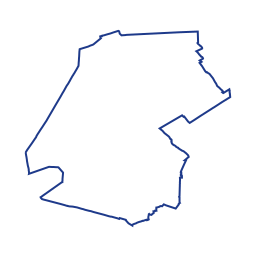 the district of Opmeer, Noord-Holland, Netherlands, rotated 355°
{"feature_id": "6326949B74577576920447", "entity_name": "Opmeer", "entity_type": "district", "adm_level": 2, "iso_a3": "NLD", "parent_name": "Netherlands", "parent_adm1": "Noord-Holland", "projection": "equal_earth", "projection_center": [4.959, 52.714], "detail": "fine", "context": "isolated", "style": "outline", "palette": "blue", "viewbox_px": 256, "rotation_deg": 355, "n_neighbors": 0, "source": "geoboundaries", "source_scale": "gbopen_adm2", "svg_char_len": 5408}
<svg xmlns="http://www.w3.org/2000/svg" viewBox="0 0 256 256"><g transform="rotate(355 128 128)"><path d="M205.9,38.0L187.4,37.1L134.9,35.1L134.4,35.1L133.4,35.2L129.6,35.1L128.0,33.3L127.6,30.9L126.8,30.4L121.4,31.6L120.3,31.9L118.7,32.3L115.4,32.9L112.1,33.6L111.2,33.7L110.8,33.7L110.3,33.8L110.2,33.8L109.9,34.1L109.9,34.3L109.6,34.3L109.2,34.1L108.3,34.3L108.5,36.1L108.7,36.3L108.2,36.7L106.4,37.9L100.7,41.8L99.4,42.2L97.7,42.6L95.5,43.4L89.3,44.7L88.5,44.9L87.2,45.1L86.9,45.2L86.7,45.3L86.5,46.5L86.3,47.3L86.1,48.6L85.6,52.3L85.3,54.0L84.9,56.8L84.6,58.4L84.2,61.2L84.0,62.0L83.8,62.2L82.0,64.9L80.7,66.7L79.3,68.7L79.0,69.1L78.3,69.9L78.0,70.5L77.5,71.0L76.5,72.4L76.3,72.7L75.5,73.9L75.1,74.4L74.2,75.9L73.8,76.4L73.1,77.4L72.7,78.0L72.2,78.7L70.6,80.6L67.1,85.8L65.9,87.4L63.3,91.2L58.0,98.6L53.7,104.7L53.2,105.4L48.4,112.2L47.6,113.4L44.9,116.8L42.8,119.5L40.6,122.2L39.3,123.9L37.4,126.3L36.1,128.1L35.6,129.2L34.7,130.2L31.2,134.5L25.7,141.0L24.3,142.9L24.0,143.4L23.9,143.7L23.5,143.7L23.8,143.8L23.9,144.0L24.1,145.6L24.1,145.9L24.2,147.1L24.3,147.8L24.5,150.7L24.5,152.0L24.8,155.1L24.9,156.4L25.2,158.3L25.4,159.2L25.4,159.7L25.5,160.4L25.4,161.5L25.5,162.5L25.5,164.7L25.4,165.0L45.5,159.9L46.0,159.8L49.3,160.3L50.7,160.4L53.1,160.8L54.9,161.0L55.3,161.2L55.6,161.6L57.3,163.9L59.3,166.6L59.4,166.8L59.4,167.0L58.4,172.6L58.3,173.1L58.2,174.4L58.0,175.2L57.9,176.2L57.5,176.2L37.4,187.9L36.4,188.5L35.6,189.1L35.2,189.2L34.9,189.3L34.9,189.6L35.0,189.8L35.8,190.9L36.1,191.3L38.1,192.1L40.7,193.0L44.6,194.4L54.4,197.9L58.4,199.4L60.3,200.2L60.6,200.3L60.8,200.4L61.0,200.3L62.2,200.8L62.9,201.0L64.9,201.3L66.1,201.5L70.4,202.7L74.9,204.5L76.2,204.9L78.0,205.7L79.7,206.3L82.0,207.1L83.8,207.6L86.4,208.7L96.4,212.3L101.5,214.3L103.1,214.8L104.0,214.9L104.7,215.2L109.5,217.0L111.3,217.8L111.9,217.0L117.6,219.2L117.5,219.4L120.2,223.0L123.8,225.6L123.9,224.9L124.0,224.8L124.1,224.7L124.4,224.6L125.4,224.2L127.9,223.6L128.2,223.4L128.6,223.2L130.7,222.6L131.7,222.4L132.5,222.3L133.2,222.1L134.1,221.8L134.5,221.7L134.8,221.9L135.0,221.8L135.8,221.6L136.3,221.5L137.5,221.2L138.3,221.0L138.5,221.0L138.7,221.3L138.8,221.5L139.3,221.4L140.4,221.1L140.6,221.0L140.7,220.8L140.3,220.5L140.4,220.3L140.3,220.1L140.4,219.3L140.5,218.6L140.6,218.0L140.7,217.7L141.0,216.8L141.1,216.5L141.2,215.7L141.3,215.6L141.5,215.5L141.6,215.8L141.8,215.9L143.6,216.6L143.8,216.6L144.3,216.2L144.8,215.7L145.2,215.5L145.9,215.2L146.1,215.1L146.2,214.8L146.1,213.2L147.7,213.2L147.8,213.1L147.8,212.8L149.1,212.9L149.1,211.0L149.3,209.7L149.7,209.7L150.2,209.7L151.3,209.4L151.9,209.3L152.4,209.2L152.7,208.9L153.9,208.7L154.0,208.6L154.3,208.7L155.2,208.9L155.8,208.3L157.0,207.2L158.1,207.8L159.0,208.3L168.5,212.4L171.9,208.6L171.8,208.3L171.8,208.2L172.0,208.0L172.7,207.2L173.1,207.1L172.9,206.7L172.9,206.1L173.3,201.5L173.0,201.1L172.9,201.0L173.0,200.8L173.3,200.6L173.4,200.3L173.7,197.6L174.0,195.1L174.3,192.4L174.6,190.0L174.7,188.8L174.9,187.8L174.9,187.1L175.0,186.5L175.1,185.6L175.3,184.4L175.4,182.1L175.8,182.1L176.2,182.1L177.4,182.2L177.5,181.1L177.5,180.8L177.5,180.5L177.1,180.5L177.1,179.8L176.5,179.8L176.6,178.5L176.7,178.4L176.9,178.4L177.1,178.3L177.2,177.1L177.2,176.9L176.8,176.7L176.7,176.6L177.4,175.1L179.0,172.2L180.9,168.8L182.9,165.4L181.7,165.1L185.9,162.1L185.8,161.9L185.8,161.4L185.7,161.0L185.5,160.5L185.1,159.9L184.4,159.1L183.6,158.1L183.3,157.9L182.8,157.4L182.3,156.9L181.8,156.4L181.6,156.2L180.8,155.7L180.4,155.5L180.0,155.4L179.9,155.3L178.8,154.4L178.4,154.2L177.7,153.6L177.4,153.3L176.6,152.8L176.6,152.7L176.4,152.5L176.4,152.4L176.3,152.1L176.1,152.0L175.7,151.8L175.5,151.7L175.3,151.6L175.2,151.5L174.9,151.3L174.1,150.7L174.0,150.4L173.8,150.1L172.4,149.1L172.2,149.1L171.8,148.8L171.8,148.7L171.5,148.4L171.3,148.3L170.6,147.5L170.4,147.2L170.2,146.4L170.2,146.1L170.3,145.9L170.0,145.6L170.0,145.4L170.0,145.0L170.1,144.7L170.3,144.5L170.4,143.7L170.1,143.1L169.8,143.1L169.7,143.0L169.4,142.8L169.3,142.6L169.1,142.4L169.0,142.1L168.8,141.6L168.6,141.3L168.6,141.1L168.5,140.9L168.2,140.4L168.0,140.2L167.9,140.0L164.5,136.8L164.0,136.4L162.0,133.6L161.5,133.2L159.5,131.2L163.3,129.4L183.0,120.1L184.3,121.7L184.9,121.4L185.3,121.9L188.4,126.8L189.9,128.3L194.9,125.7L201.2,122.3L211.2,117.1L215.0,115.1L215.3,115.0L218.7,113.2L224.3,110.2L232.5,106.1L232.5,104.4L232.5,104.1L232.4,103.9L232.5,103.6L232.5,103.1L232.4,102.6L232.5,102.3L232.5,102.2L232.4,102.1L232.3,100.8L232.4,100.7L232.4,100.1L232.5,99.9L232.4,99.6L232.5,99.4L232.4,99.2L232.3,98.3L226.2,101.4L225.9,101.5L225.6,101.2L225.0,100.6L225.9,100.1L225.7,99.7L225.4,99.2L225.2,98.9L223.8,97.5L222.2,95.5L222.0,95.4L221.9,95.3L221.5,94.9L221.1,94.5L220.5,93.9L219.6,91.3L219.5,91.2L218.6,89.6L217.0,85.9L216.6,85.3L213.9,81.2L213.5,80.9L212.6,80.3L212.2,79.9L211.9,79.6L211.7,79.5L211.4,79.2L210.9,79.4L210.3,78.7L209.9,78.2L207.0,72.5L206.5,71.9L206.5,71.7L205.0,69.4L207.0,68.5L206.8,68.3L206.2,68.0L205.5,67.2L205.3,67.0L208.7,65.5L208.8,65.4L208.7,64.8L208.2,63.9L207.9,63.7L207.5,63.5L207.2,63.3L206.9,63.1L206.9,62.8L206.4,62.1L206.1,62.0L205.7,61.3L205.6,61.1L205.3,60.9L205.0,60.3L203.9,58.7L203.0,57.7L202.8,57.5L208.4,55.5L208.8,55.3L208.8,54.3L208.7,54.2L208.4,53.8L207.9,53.1L207.7,52.8L207.4,52.5L206.9,52.3L206.4,51.5L205.9,51.1L205.5,50.7L205.2,50.4L204.9,49.9L204.7,49.6L204.6,49.4L205.3,48.8L205.9,38.0Z" fill="none" stroke="#1e3a8a" stroke-width="2"/></g></svg>